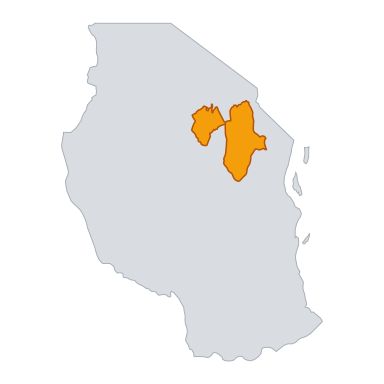 United Republic of Tanzania, with Manyara highlighted
{"feature_id": "TZA-3392", "entity_name": "Manyara", "entity_type": "Region", "adm_level": 1, "iso_a3": "TZA", "parent_name": "United Republic of Tanzania", "parent_adm1": "", "projection": "equal_earth", "projection_center": [36.5, -4.726], "detail": "fine", "context": "in_parent", "style": "filled", "palette": "amber", "viewbox_px": 384, "rotation_deg": 0, "n_neighbors": 0, "source": "natural_earth", "source_scale": "10m", "svg_char_len": 6318}
<svg xmlns="http://www.w3.org/2000/svg" viewBox="0 0 384 384"><path d="M146.4,288.6L142.6,285.9L139.1,284.3L136.3,282.4L135.0,280.7L132.4,280.0L130.1,279.7L127.9,278.1L123.5,277.4L123.1,276.4L123.0,273.9L122.2,273.3L120.6,272.7L118.9,272.7L117.9,273.1L117.2,272.9L115.8,271.4L114.5,269.6L114.0,266.7L112.0,264.9L109.7,263.4L103.2,263.5L102.2,263.1L100.7,261.6L98.9,259.2L97.5,256.4L96.2,252.7L94.9,247.6L87.4,227.3L86.6,223.5L85.2,219.2L82.8,214.0L80.3,210.1L76.9,206.6L73.1,203.1L71.0,200.7L67.0,191.1L66.1,186.7L65.5,182.0L65.7,180.2L68.2,174.2L68.4,172.5L68.1,170.2L66.9,165.5L65.3,159.7L62.1,149.1L61.7,146.5L61.7,144.5L63.5,133.8L63.5,132.3L70.9,132.5L76.2,127.8L80.9,120.8L81.8,117.9L83.7,113.4L85.6,111.1L86.3,109.6L87.4,105.1L89.9,102.0L92.2,99.7L91.7,98.1L92.1,97.5L93.4,96.3L95.9,95.2L96.4,92.8L96.4,90.1L96.0,88.7L96.1,86.9L95.7,86.0L94.0,85.7L91.6,84.4L89.5,83.9L88.1,83.1L87.5,82.5L87.3,80.9L88.5,76.8L87.3,75.1L89.9,68.3L90.3,67.5L91.3,67.4L92.8,66.7L94.1,66.3L95.2,66.6L96.1,66.3L96.8,65.5L97.4,63.2L97.9,59.4L97.6,56.2L96.6,53.8L96.3,50.1L96.7,45.1L96.4,41.0L95.2,37.7L94.0,35.8L92.1,34.8L89.2,29.8L88.3,27.4L88.5,25.8L89.5,25.2L91.4,25.4L93.1,24.8L94.7,23.4L96.3,23.0L97.1,23.3L170.8,23.3L256.8,87.9L257.2,88.7L257.8,94.3L257.7,96.1L256.4,99.3L256.0,101.0L256.0,102.2L256.3,102.6L257.4,102.8L258.4,103.6L258.7,104.2L259.5,106.6L260.4,107.8L293.0,139.5L293.8,140.0L293.3,142.6L291.5,149.1L291.4,151.7L290.6,154.9L289.9,157.0L288.0,166.0L286.5,169.4L284.3,177.4L283.9,183.5L285.1,187.7L285.6,191.7L288.1,195.6L290.1,197.0L291.4,198.8L293.8,202.9L295.2,206.9L299.5,209.0L301.3,213.5L300.6,216.7L298.6,219.3L296.7,223.5L295.2,229.1L295.1,237.6L296.2,236.3L298.4,238.4L298.7,244.6L296.3,251.9L295.6,255.3L295.5,258.3L297.2,267.0L299.8,271.4L299.6,272.8L298.9,274.0L303.3,281.8L302.9,288.6L304.5,293.9L305.3,298.5L306.3,302.0L306.5,304.5L305.2,307.2L308.4,307.9L310.3,310.1L311.2,312.2L313.5,312.1L314.8,313.5L316.6,314.7L320.6,318.3L321.7,320.0L322.3,321.7L311.2,332.9L307.2,335.8L304.3,337.1L301.3,337.9L298.4,339.6L295.6,342.4L292.1,343.8L287.9,343.8L283.4,345.7L276.3,351.5L272.2,348.3L269.0,347.3L265.3,347.4L263.0,347.8L262.2,348.5L261.5,350.4L260.9,353.6L258.4,356.7L254.2,359.7L250.3,360.8L246.7,360.0L244.2,358.8L243.0,357.1L241.1,356.3L238.6,356.4L236.3,357.6L234.0,360.0L230.4,361.0L225.4,360.7L222.8,359.5L222.4,357.6L220.2,355.4L216.3,352.8L213.3,352.7L211.5,355.2L209.7,356.8L208.2,357.4L206.8,357.5L204.8,356.8L199.3,356.5L194.1,356.6L193.6,353.0L192.5,350.9L191.6,349.6L189.8,349.2L189.3,348.2L188.7,346.0L187.8,344.1L186.6,342.5L185.9,341.1L185.7,339.7L185.9,338.2L186.9,334.5L187.3,332.0L187.1,329.4L186.5,326.8L185.3,323.6L185.4,322.7L185.0,320.6L185.0,319.1L185.2,317.2L185.0,314.7L183.9,309.5L183.9,308.1L182.8,305.6L179.3,299.5L179.1,298.7L173.7,292.6L171.5,291.3L170.7,292.5L170.5,293.5L170.7,295.5L170.6,296.4L170.3,296.9L169.0,296.8L168.2,296.6L166.2,294.9L164.6,294.5L160.6,294.8L159.2,295.2L158.1,294.9L156.0,292.1L153.5,291.5L151.3,291.3L147.7,288.2L146.4,288.6ZM300.1,186.8L301.9,193.5L301.7,194.7L300.4,195.5L299.8,195.6L299.0,194.5L298.4,192.2L297.5,192.8L295.8,190.0L294.2,189.9L292.8,186.7L293.4,183.9L293.0,179.1L294.8,176.6L295.8,172.5L296.9,175.3L297.2,179.7L298.7,184.9L300.1,186.8ZM308.9,146.7L309.0,148.3L308.6,149.8L308.7,154.6L308.6,157.7L307.2,162.1L306.1,163.7L305.1,163.2L304.3,162.5L303.7,161.3L305.0,153.3L304.4,147.4L306.9,147.9L308.9,146.7ZM305.0,243.6L303.8,244.0L303.3,243.6L302.5,242.3L303.9,241.2L305.2,239.0L308.2,235.8L309.6,233.2L309.4,235.7L307.7,241.2L306.2,241.5L305.0,243.6Z" fill="#d9dde1" stroke="#a8b0b8" stroke-width="1"/><path d="M243.1,177.1L239.7,180.8L238.4,181.3L236.8,180.7L235.2,179.8L234.1,178.5L233.2,176.7L232.5,174.9L231.6,173.3L230.1,172.4L228.7,171.2L227.8,169.7L227.2,168.2L226.1,166.7L224.9,165.4L224.0,164.1L223.7,162.7L224.1,160.9L223.8,158.9L224.3,157.2L225.1,155.7L225.6,153.5L226.4,145.9L226.7,139.4L226.6,138.4L226.0,136.8L225.6,135.1L225.4,133.3L225.2,123.9L219.4,126.2L218.7,126.9L218.1,127.3L217.8,127.6L217.1,129.2L216.0,129.2L215.4,129.7L214.8,130.1L214.4,129.8L214.0,129.5L213.6,129.9L213.4,130.4L212.4,131.7L210.5,133.4L210.0,133.2L209.8,133.3L209.7,133.9L209.7,134.4L209.9,134.9L210.3,136.0L210.1,137.2L208.9,139.8L207.3,144.2L206.8,145.3L205.5,145.6L203.4,145.3L203.1,145.1L202.8,145.1L201.4,144.4L200.5,142.1L199.1,141.8L198.2,140.9L198.2,139.6L198.0,138.4L196.4,137.3L195.5,134.8L194.4,133.0L192.8,131.7L191.7,130.1L192.6,126.9L193.8,123.9L195.2,121.5L195.1,120.5L193.1,117.6L192.2,115.2L193.0,114.6L193.9,114.1L194.7,113.6L196.1,113.0L196.4,112.5L196.5,112.0L196.7,111.7L199.0,109.8L199.7,109.8L200.4,109.5L201.2,108.8L202.1,108.3L203.7,106.2L204.7,106.2L205.6,106.9L206.5,107.1L207.2,107.5L206.6,108.4L206.2,109.5L206.9,110.5L208.0,110.7L208.4,109.9L208.3,108.6L211.1,107.6L211.5,106.5L211.6,104.3L212.2,104.4L212.6,105.9L212.0,108.2L211.8,110.5L212.3,112.7L212.8,112.5L212.9,111.5L213.5,110.5L214.3,109.5L215.5,107.5L216.8,106.9L217.6,108.3L218.7,111.2L224.0,121.5L225.2,122.2L226.3,122.0L226.5,121.3L227.6,121.1L228.7,120.9L229.3,120.7L230.0,120.7L230.3,120.9L230.7,120.7L230.7,118.9L230.2,114.9L230.0,111.3L230.4,110.0L231.8,107.5L232.2,107.3L232.6,107.2L233.1,106.6L233.6,106.4L233.8,105.9L233.8,105.5L233.9,105.3L235.6,105.2L236.1,105.3L236.5,105.7L236.9,106.8L237.7,106.5L238.2,105.5L238.9,104.6L240.6,104.6L241.2,103.9L241.6,103.1L242.3,102.4L243.2,102.0L243.7,101.8L244.3,101.7L245.0,101.8L245.6,101.0L246.1,100.8L246.5,100.7L246.8,101.2L247.1,101.8L247.8,102.1L248.5,102.1L248.8,102.5L248.7,103.1L249.4,105.4L250.7,107.3L251.5,109.2L252.2,110.9L252.7,112.3L252.6,115.8L252.8,117.4L253.1,118.1L253.6,120.5L253.7,121.3L253.7,122.2L253.4,123.3L253.4,124.3L253.4,125.3L253.3,127.8L253.3,130.2L254.1,132.0L255.3,133.3L255.9,133.4L257.9,135.0L259.5,136.6L260.1,136.9L260.6,136.8L261.5,136.1L262.0,136.0L263.4,136.0L263.8,136.2L264.0,136.4L264.5,136.5L265.2,137.3L265.8,138.3L264.7,139.9L264.5,142.0L264.5,143.5L264.8,144.9L265.2,145.7L265.4,146.7L265.7,147.6L266.1,148.4L266.3,149.6L265.1,149.6L264.5,149.1L263.9,148.5L263.5,148.5L261.9,149.0L260.7,149.5L259.3,149.9L257.9,149.5L256.7,149.0L255.6,149.0L254.3,150.6L250.8,156.2L250.6,156.9L250.8,157.7L250.8,158.6L250.3,161.7L249.7,163.8L247.6,167.5L247.1,169.2L246.6,172.9L245.9,174.5L243.1,177.1Z" fill="#f59e0b" stroke="#b45309" stroke-width="1.5"/></svg>